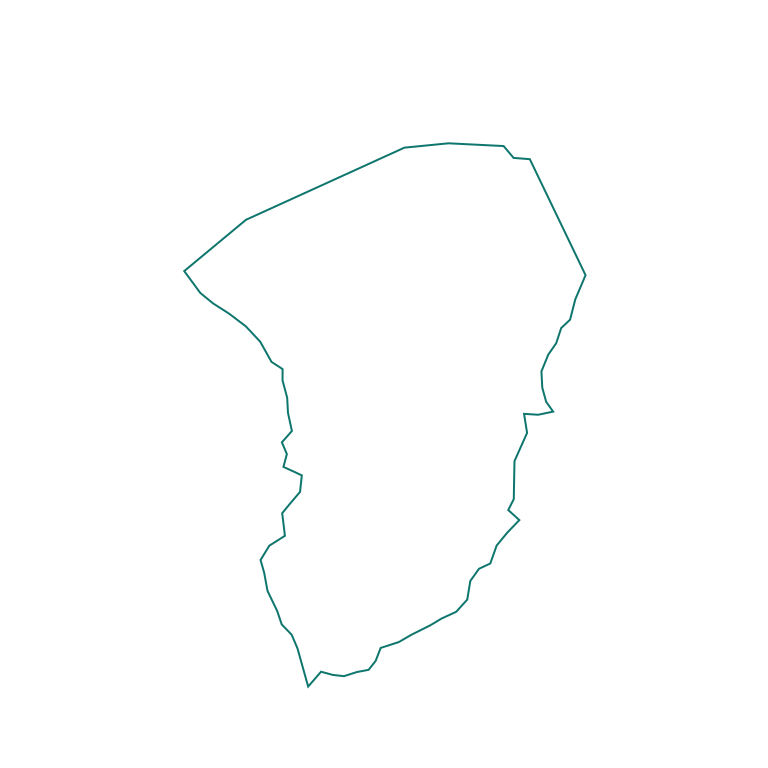 Rafael Godeiro, Rio Grande do Norte, Brazil, rotated 228°
{"feature_id": "56859067B3347721544463", "entity_name": "Rafael Godeiro", "entity_type": "district", "adm_level": 2, "iso_a3": "BRA", "parent_name": "Brazil", "parent_adm1": "Rio Grande do Norte", "projection": "albers", "projection_center": [-37.744, -6.066], "detail": "fine", "context": "isolated", "style": "outline", "palette": "teal", "viewbox_px": 768, "rotation_deg": 228, "n_neighbors": 0, "source": "geoboundaries", "source_scale": "gbopen_adm2", "svg_char_len": 1030}
<svg xmlns="http://www.w3.org/2000/svg" viewBox="0 0 768 768"><g transform="rotate(228 384 384)"><path d="M546.0,557.3L598.4,391.3L601.6,311.1L574.5,308.4L558.3,310.9L539.7,316.0L519.2,319.9L498.2,320.3L475.7,315.2L462.9,318.6L454.7,311.1L438.5,302.8L426.9,293.4L410.7,284.1L409.0,269.1L396.9,264.9L389.7,253.8L371.1,261.8L360.0,249.4L358.0,234.3L356.1,221.9L337.5,208.8L340.6,190.6L335.8,174.5L324.0,168.7L308.2,159.0L286.7,152.7L273.7,147.1L259.4,147.6L245.2,142.7L228.5,134.4L209.9,125.2L212.3,144.7L202.2,151.2L193.7,158.7L188.1,171.1L181.9,181.3L183.8,192.5L190.1,204.9L182.3,222.4L179.4,236.3L173.6,257.4L171.2,269.8L166.4,285.3L168.1,301.6L179.9,316.4L183.1,331.0L179.5,342.9L188.6,359.7L191.1,376.5L192.3,393.5L207.2,392.0L211.6,403.4L239.4,429.4L251.9,457.6L268.1,468.1L258.0,478.0L250.3,491.2L262.3,492.6L275.4,499.2L288.0,509.4L295.9,525.7L299.1,539.3L307.0,553.1L307.3,565.3L318.9,582.8L330.0,606.6L453.5,642.8L465.3,631.6L480.8,632.1L519.7,593.0L546.0,557.3Z" fill="none" stroke="#0f766e" stroke-width="2"/></g></svg>